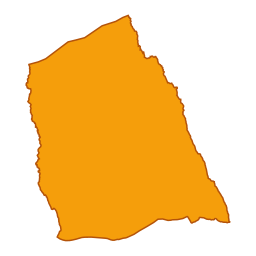 Maravia, Tete, Mozambique
{"feature_id": "85939544B82621359487865", "entity_name": "Maravia", "entity_type": "district", "adm_level": 2, "iso_a3": "MOZ", "parent_name": "Mozambique", "parent_adm1": "Tete", "projection": "equal_earth", "projection_center": [32.061, -15.024], "detail": "fine", "context": "isolated", "style": "filled", "palette": "amber", "viewbox_px": 256, "rotation_deg": 0, "n_neighbors": 0, "source": "geoboundaries", "source_scale": "gbopen_adm2", "svg_char_len": 5725}
<svg xmlns="http://www.w3.org/2000/svg" viewBox="0 0 256 256"><path d="M229.8,221.9L228.9,220.8L228.8,220.3L228.9,219.8L228.5,217.3L228.6,214.8L228.1,213.7L227.8,213.5L227.4,211.4L227.1,211.0L226.9,210.0L226.8,207.9L226.1,205.5L225.3,204.4L224.8,202.9L224.1,202.0L223.7,201.0L222.7,197.7L221.7,196.4L220.4,194.0L220.0,193.7L219.9,193.3L219.0,192.1L218.8,191.4L218.1,190.9L217.8,189.7L216.5,187.3L215.8,186.5L215.3,186.3L215.0,186.0L214.7,183.7L214.3,182.8L214.3,181.7L213.5,181.5L213.0,181.0L212.0,181.1L211.4,180.9L210.8,180.5L210.4,179.6L210.1,179.2L208.3,178.4L207.9,176.1L207.4,175.1L206.3,169.2L205.6,167.0L205.5,166.0L205.0,164.8L205.0,163.7L204.6,162.5L204.3,161.8L203.1,160.3L202.8,159.7L202.6,158.6L201.9,157.3L200.9,156.1L200.4,154.3L199.9,153.9L198.2,153.8L197.8,153.5L197.4,152.6L195.8,150.5L194.8,146.5L194.4,145.6L193.5,144.5L192.9,143.5L191.9,140.2L191.2,139.2L190.4,137.4L190.6,136.7L190.3,135.7L189.5,134.6L188.5,132.4L187.0,129.9L187.1,128.2L186.8,127.1L186.9,125.9L186.6,124.5L186.0,122.6L186.0,121.8L185.4,119.6L185.5,118.7L184.3,116.7L183.9,115.6L183.2,114.9L182.8,114.1L183.1,113.0L182.8,112.5L183.0,112.0L183.0,111.3L183.9,110.5L183.6,109.6L183.1,109.3L183.0,108.8L183.1,108.0L183.6,106.7L183.6,105.8L183.1,105.0L182.7,104.5L182.1,103.6L180.8,102.8L180.6,101.6L180.8,100.0L180.7,99.3L179.7,99.3L179.3,99.1L177.5,96.4L177.4,95.9L176.8,95.3L177.1,94.5L177.1,92.2L176.3,89.3L176.6,88.8L177.2,88.5L177.2,87.4L176.9,87.2L175.8,87.2L174.9,87.7L173.9,87.1L172.7,84.6L172.1,84.1L171.7,83.2L170.0,83.6L168.6,82.6L167.7,82.8L165.0,76.3L164.1,75.7L163.6,74.8L163.4,73.4L164.2,72.0L164.1,71.7L163.3,71.2L163.0,70.8L163.3,69.8L162.5,68.5L162.7,67.8L162.7,67.5L161.5,66.5L161.6,65.9L160.9,65.7L160.4,64.8L159.2,64.3L158.2,62.9L158.0,61.8L157.6,60.9L157.7,60.2L157.6,59.5L156.8,58.2L156.3,57.8L155.8,56.6L155.1,56.5L154.6,57.1L153.7,57.1L153.3,57.0L152.6,56.2L151.8,56.1L150.9,56.8L150.3,56.5L150.0,57.5L149.4,58.0L148.4,58.0L147.9,58.4L146.5,58.5L145.7,57.8L144.4,57.2L144.5,56.1L144.4,55.2L144.1,54.6L143.7,52.1L143.3,52.0L142.8,53.0L141.3,50.0L140.3,50.0L140.4,49.7L140.2,49.4L140.5,48.5L140.1,47.9L140.2,46.5L139.6,45.9L138.5,46.2L138.7,45.3L138.1,44.8L138.1,43.8L137.7,42.2L137.9,40.9L137.8,40.3L137.3,39.6L137.5,38.8L137.4,38.1L137.7,36.1L137.5,35.1L137.0,34.5L136.8,33.7L136.9,32.9L136.7,32.2L136.1,31.3L134.5,31.0L134.0,29.4L133.1,28.7L132.5,27.4L132.2,26.5L131.3,25.7L131.0,24.9L131.2,24.2L131.0,23.8L130.7,23.7L130.5,23.3L130.5,22.2L131.0,21.5L130.8,20.8L130.3,20.4L130.7,18.6L130.3,18.2L129.6,18.2L129.3,17.2L128.7,17.1L128.5,16.0L128.2,15.4L122.8,17.5L115.8,21.4L102.1,25.8L84.7,37.7L76.0,40.0L68.1,41.9L45.7,58.8L38.3,61.9L28.3,64.6L28.8,64.6L29.2,65.5L29.5,65.9L29.6,67.1L30.0,67.7L29.9,68.1L29.6,68.3L29.6,69.0L30.1,69.7L29.8,70.3L29.8,71.7L29.6,72.0L29.9,72.4L30.0,73.3L29.7,74.3L28.3,75.9L28.3,76.6L28.7,77.7L28.2,78.6L27.6,78.9L27.5,79.7L27.9,81.6L27.5,82.4L27.6,82.7L27.0,82.7L26.9,83.0L26.6,83.0L26.3,83.6L26.2,84.6L26.4,84.9L26.3,85.4L26.6,85.5L26.8,85.9L27.3,87.8L27.9,88.2L28.4,88.1L28.8,88.7L30.1,88.9L30.6,88.8L31.0,90.6L30.7,93.0L30.2,93.5L30.1,94.1L29.6,94.2L29.5,94.6L29.5,95.6L28.8,98.7L29.0,99.6L27.9,101.6L29.3,103.1L29.8,103.2L31.0,104.5L30.8,105.4L30.2,106.5L30.6,107.0L31.0,108.6L30.5,110.0L30.7,111.7L30.5,112.2L30.6,112.6L31.0,112.8L31.5,114.4L31.8,114.9L32.2,115.3L32.3,115.7L32.0,116.6L32.1,118.2L31.7,118.4L31.6,119.3L32.4,120.3L32.4,120.6L32.2,120.8L32.3,121.0L34.2,122.2L34.5,122.5L34.6,123.2L35.3,123.4L35.5,124.6L35.7,125.2L35.5,126.1L36.1,126.6L35.7,127.2L36.7,127.6L37.1,128.0L37.3,129.0L37.9,129.8L38.0,130.3L37.7,130.3L37.5,130.9L37.3,131.0L37.9,131.6L37.9,132.3L38.2,132.7L37.9,132.9L38.3,133.4L38.3,133.9L38.6,134.0L39.2,134.7L39.3,135.2L39.0,135.9L39.3,136.4L39.8,136.4L40.2,137.3L39.6,138.0L39.1,139.5L39.3,140.2L40.0,141.0L39.9,143.3L41.0,145.0L40.9,146.0L40.6,146.8L40.2,147.2L39.7,147.5L38.2,149.4L38.1,150.3L38.3,151.5L39.0,152.5L38.6,153.8L37.5,155.0L37.3,155.5L37.8,156.3L38.4,157.7L38.9,158.2L39.3,158.8L38.2,159.4L37.6,161.2L37.2,161.5L36.6,162.6L35.8,163.2L36.0,164.6L36.3,164.9L36.9,164.7L37.1,164.9L37.0,165.6L37.2,167.0L38.1,167.4L38.2,167.9L39.2,168.4L39.4,168.7L39.3,169.3L39.6,170.0L39.6,170.5L39.1,170.5L38.9,171.0L38.3,171.0L38.2,171.2L38.4,172.0L38.9,172.2L39.2,172.7L39.8,172.9L40.0,173.3L40.0,174.1L39.7,174.4L39.5,175.4L39.6,176.8L39.8,177.5L39.5,178.1L39.6,179.1L39.3,180.2L39.4,181.3L39.3,181.7L38.4,182.4L38.3,183.6L38.7,184.9L39.1,185.1L39.4,186.4L39.7,186.7L40.2,187.8L40.4,189.7L41.2,190.6L42.6,192.8L43.3,193.2L44.0,195.0L44.5,195.3L45.3,195.0L45.5,195.0L46.1,195.8L46.4,196.9L47.0,197.2L47.6,199.1L47.6,199.6L48.0,200.8L48.3,201.0L48.9,203.2L50.9,207.2L51.5,209.1L52.8,209.4L53.1,209.2L53.5,208.5L54.0,208.4L55.3,209.5L56.3,211.1L57.3,214.1L57.5,215.9L58.0,217.4L58.7,218.2L58.6,219.2L58.8,219.8L58.8,221.3L59.4,223.6L59.4,224.5L60.5,226.4L61.0,229.7L60.8,230.7L59.6,231.4L58.9,233.6L58.0,235.2L57.2,237.0L60.0,238.9L62.9,240.0L65.7,240.6L69.6,240.5L72.5,240.0L76.3,239.1L81.7,237.5L84.8,237.2L91.1,237.1L105.2,238.2L107.4,238.5L110.8,239.8L112.7,240.2L114.2,240.2L117.3,239.4L118.8,239.5L123.2,238.2L125.6,237.9L126.9,237.5L134.0,234.3L139.7,230.6L147.1,226.4L153.6,222.5L158.0,219.2L162.7,219.0L168.0,220.4L170.9,220.2L172.3,219.8L177.5,219.6L182.9,218.5L187.1,216.5L187.8,216.9L190.2,220.8L191.0,222.5L191.7,223.0L192.1,223.0L193.1,222.3L195.3,221.7L195.6,221.3L198.2,219.9L199.0,218.8L199.4,217.6L199.8,217.4L203.8,217.8L206.6,219.1L208.7,219.4L210.0,219.3L211.2,219.9L212.9,219.6L213.8,219.8L214.3,219.4L214.8,218.6L215.9,218.6L216.4,218.9L217.4,220.1L218.4,220.8L220.6,221.8L221.7,221.7L223.2,222.2L226.4,222.3L227.0,222.7L227.7,222.6L228.2,222.3L229.6,222.2L229.8,221.9Z" fill="#f59e0b" stroke="#b45309" stroke-width="1.5"/></svg>